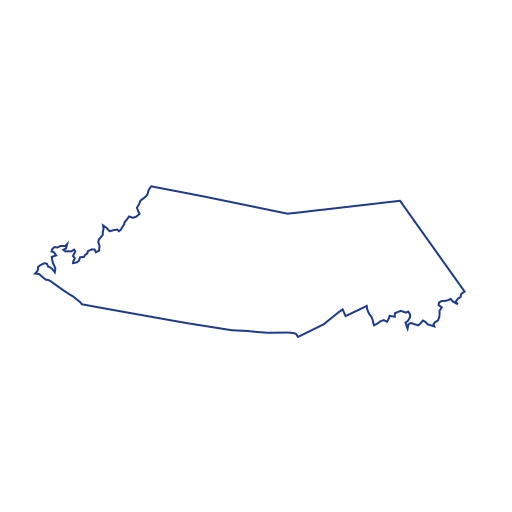 the district of Urupá, Rondônia, Brazil, rotated 193°
{"feature_id": "56859067B96121006788603", "entity_name": "Urupá", "entity_type": "district", "adm_level": 2, "iso_a3": "BRA", "parent_name": "Brazil", "parent_adm1": "Rondônia", "projection": "orthographic", "projection_center": [-62.372, -11.115], "detail": "fine", "context": "isolated", "style": "outline", "palette": "blue", "viewbox_px": 512, "rotation_deg": 193, "n_neighbors": 0, "source": "geoboundaries", "source_scale": "gbopen_adm2", "svg_char_len": 2253}
<svg xmlns="http://www.w3.org/2000/svg" viewBox="0 0 512 512"><g transform="rotate(193 256 256)"><path d="M457.9,186.8L455.3,185.6L453.1,185.9L450.5,185.3L448.1,184.2L441.5,181.5L436.7,179.5L428.1,176.3L425.6,175.6L423.3,174.6L416.5,171.2L414.8,169.8L392.3,170.8L378.1,171.5L308.9,175.0L263.0,178.2L247.6,181.0L237.7,182.2L227.0,183.9L207.6,188.6L202.9,189.3L199.5,189.2L196.9,186.6L191.8,190.7L183.5,197.5L174.7,204.7L163.4,219.1L159.6,223.5L155.2,217.6L138.5,230.9L136.9,232.3L135.7,229.3L134.5,227.3L132.6,224.9L130.0,222.9L127.8,219.8L126.7,217.2L125.4,215.0L121.9,218.1L120.3,220.2L117.1,222.3L113.6,221.4L112.5,224.9L112.4,227.7L107.1,228.1L107.8,231.5L102.7,235.1L97.3,234.6L95.1,236.1L92.6,233.5L92.1,230.9L93.5,226.8L95.3,224.8L93.7,221.9L92.0,219.4L92.1,223.6L90.1,225.6L86.4,225.2L82.3,224.9L80.4,227.6L78.9,230.7L76.1,229.9L73.3,228.0L66.4,227.5L67.7,229.6L66.7,231.7L64.2,234.1L63.7,238.1L64.2,241.3L64.9,243.9L63.4,247.7L67.0,249.2L67.3,251.8L64.8,254.0L61.5,254.8L58.8,256.2L56.6,258.0L54.2,256.0L48.6,254.3L51.2,256.4L49.6,259.9L47.4,262.1L47.5,265.3L44.7,268.2L128.1,342.2L200.8,316.3L203.8,315.3L208.3,313.7L210.8,312.8L221.8,308.8L234.9,304.3L264.9,303.6L319.0,302.3L322.1,302.2L373.8,300.3L375.0,297.4L375.5,295.0L375.6,291.6L376.8,289.1L378.3,287.2L381.1,283.9L381.6,280.0L382.9,276.3L380.7,272.9L378.9,270.9L381.6,267.3L384.5,265.5L388.6,266.0L389.9,262.7L391.6,259.5L391.6,257.2L392.8,253.8L393.6,251.3L395.1,249.3L397.1,250.5L399.9,249.5L404.2,247.2L407.6,249.6L411.9,251.4L410.7,248.4L410.7,245.1L410.1,242.1L411.4,239.4L412.8,236.8L412.9,234.1L410.8,230.8L410.1,225.9L412.9,223.6L414.7,226.0L417.3,225.6L420.9,222.9L421.0,220.5L422.7,218.7L423.4,216.4L427.1,215.2L427.5,211.6L429.1,209.5L432.7,207.9L432.8,210.1L432.0,213.0L434.3,214.8L433.1,219.7L434.7,221.3L436.9,219.0L439.8,218.4L442.8,217.6L445.1,218.7L442.8,220.7L442.7,225.2L444.1,222.8L446.4,222.3L448.7,221.8L451.2,219.7L454.5,219.3L456.1,216.8L456.2,214.4L453.8,214.3L450.9,211.6L454.8,209.2L453.8,206.5L452.0,203.0L450.1,200.8L448.7,198.8L448.4,194.9L451.4,197.4L453.7,198.6L456.1,198.9L458.0,201.4L460.5,201.4L463.7,198.9L465.9,196.3L465.4,194.0L465.8,191.8L467.3,189.2L463.1,189.6L460.6,188.2L457.9,186.8Z" fill="none" stroke="#1e3a8a" stroke-width="2"/></g></svg>